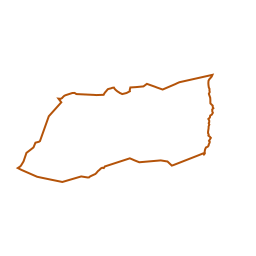 the district of João Dourado, Bahia, Brazil, rotated 27°
{"feature_id": "56859067B11161986118081", "entity_name": "João Dourado", "entity_type": "district", "adm_level": 2, "iso_a3": "BRA", "parent_name": "Brazil", "parent_adm1": "Bahia", "projection": "albers", "projection_center": [-41.539, -11.21], "detail": "fine", "context": "isolated", "style": "outline", "palette": "amber", "viewbox_px": 256, "rotation_deg": 27, "n_neighbors": 0, "source": "geoboundaries", "source_scale": "gbopen_adm2", "svg_char_len": 1858}
<svg xmlns="http://www.w3.org/2000/svg" viewBox="0 0 256 256"><g transform="rotate(27 128 128)"><path d="M207.7,117.1L208.0,115.8L207.0,114.2L206.4,112.1L206.3,110.0L207.5,108.5L207.8,107.1L207.4,106.0L207.4,104.7L207.2,103.3L206.0,102.7L206.2,100.6L206.3,99.2L204.8,98.6L203.1,98.3L202.8,97.1L201.6,96.2L200.9,94.6L199.9,91.6L199.1,90.0L198.9,88.0L197.7,87.1L197.7,85.8L196.9,84.4L195.5,83.5L196.2,81.5L195.6,79.6L196.6,78.0L196.7,75.9L195.6,75.0L194.6,73.2L195.1,71.6L194.0,70.9L193.3,69.6L191.9,69.2L190.3,68.7L189.6,67.5L188.8,65.9L187.5,63.7L185.7,62.0L184.5,60.8L184.5,58.9L183.4,57.4L182.9,56.2L181.6,55.2L180.4,53.5L179.4,51.9L178.9,50.8L178.3,49.4L178.3,47.8L178.8,46.0L179.2,44.2L179.1,42.3L153.0,63.9L151.2,66.1L150.4,67.2L141.4,78.0L135.3,78.8L133.2,79.0L124.8,80.1L122.9,83.9L116.3,88.1L111.7,90.8L112.3,93.4L113.0,94.4L110.8,97.5L108.6,99.4L107.4,100.4L106.0,100.4L104.8,100.5L103.6,100.3L102.1,100.2L100.7,99.9L99.5,99.6L98.2,99.1L97.1,98.4L95.8,99.3L94.6,100.6L93.4,101.6L92.4,102.6L92.1,103.9L91.8,105.2L91.4,106.7L91.2,108.2L91.2,109.5L84.9,113.0L83.0,113.8L66.6,121.2L64.5,121.0L62.5,122.1L61.0,123.6L59.9,124.7L57.5,127.1L56.7,128.1L56.2,129.3L55.6,131.4L54.7,132.6L52.7,133.4L56.9,135.4L52.1,153.5L55.5,179.6L54.9,180.7L52.2,183.1L52.6,188.2L50.8,192.1L48.8,196.3L49.2,198.9L49.4,200.4L50.1,205.3L49.9,207.8L49.7,210.2L49.3,211.4L48.7,212.5L48.0,213.7L52.1,213.7L69.2,212.7L74.4,211.3L83.9,208.7L85.7,208.2L94.0,205.9L108.3,192.4L114.5,190.4L115.7,189.7L116.2,188.4L117.2,187.1L118.6,185.3L119.8,183.8L120.3,182.3L120.6,180.9L120.9,179.8L121.5,178.5L122.2,176.3L123.1,175.1L124.6,174.7L124.8,172.8L130.8,166.8L143.4,154.2L146.1,154.0L148.1,153.9L153.6,153.4L171.9,142.0L176.6,140.5L178.4,139.9L179.7,140.3L184.1,141.6L185.5,140.2L203.2,120.3L205.2,118.0L206.5,116.5L207.7,117.1Z" fill="none" stroke="#b45309" stroke-width="2"/></g></svg>